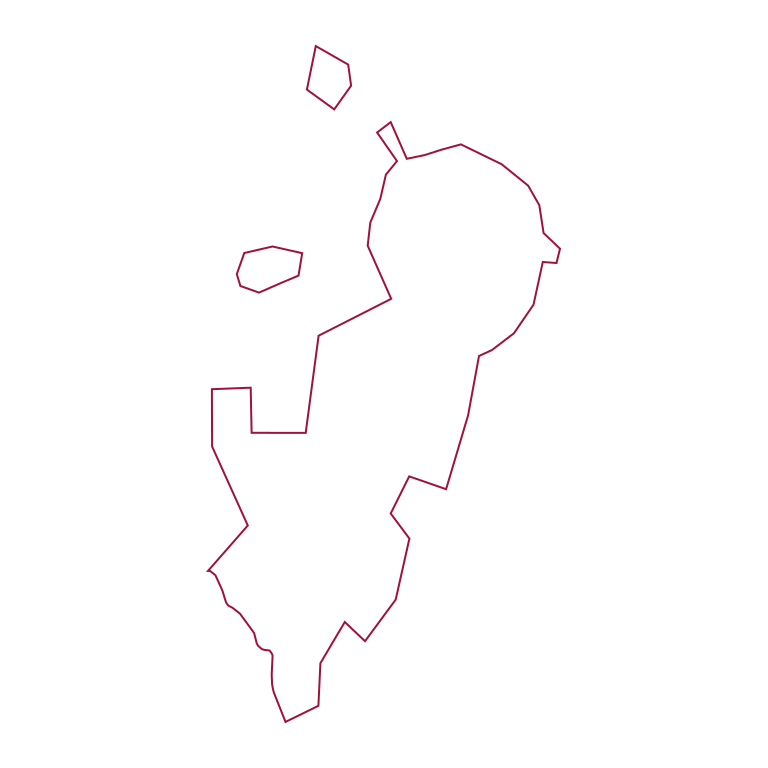 map outline of Moskva (orthographic projection)
{"feature_id": "RUS-2365", "entity_name": "Moskva", "entity_type": "Federal City", "adm_level": 1, "iso_a3": "RUS", "parent_name": "Russia", "parent_adm1": "", "projection": "orthographic", "projection_center": [37.264, 55.525], "detail": "fine", "context": "isolated", "style": "outline", "palette": "rose", "viewbox_px": 768, "rotation_deg": 0, "n_neighbors": 0, "source": "natural_earth", "source_scale": "10m", "svg_char_len": 1072}
<svg xmlns="http://www.w3.org/2000/svg" viewBox="0 0 768 768"><path d="M285.5,721.9L273.8,692.4L272.8,688.3L272.1,684.4L271.7,674.7L272.6,655.5L271.5,653.1L269.6,650.5L264.6,649.9L261.8,649.1L258.2,645.9L256.8,643.5L254.1,633.0L240.0,613.7L232.4,607.7L228.4,605.7L226.7,603.6L225.7,601.4L222.8,591.8L221.8,589.2L215.4,575.2L210.1,571.0L208.0,570.9L247.8,525.5L212.1,446.5L211.9,389.2L250.7,387.7L251.6,432.8L305.7,432.9L318.6,335.7L391.2,298.8L367.7,245.7L370.3,222.6L380.3,198.9L385.9,174.6L397.0,161.1L377.1,132.5L390.7,122.1L406.8,158.8L424.9,155.0L441.4,149.7L460.9,144.4L501.6,164.2L528.2,185.7L539.3,205.2L543.6,233.1L560.0,248.7L556.5,263.0L542.8,262.0L533.5,304.7L513.9,333.3L492.0,350.0L479.0,356.0L468.1,415.3L446.1,489.2L409.2,476.4L390.7,513.5L409.4,538.6L395.7,599.6L365.0,641.2L344.8,622.0L320.4,663.2L318.4,705.8L285.5,721.9ZM272.5,246.5L302.2,253.2L298.5,275.6L282.8,282.2L259.0,292.6L240.4,286.0L236.8,274.1L244.3,253.0L272.5,246.5ZM315.8,46.1L348.2,64.6L351.1,85.7L334.2,109.4L306.9,89.6L315.8,46.1Z" fill="none" stroke="#9f1239" stroke-width="2"/></svg>